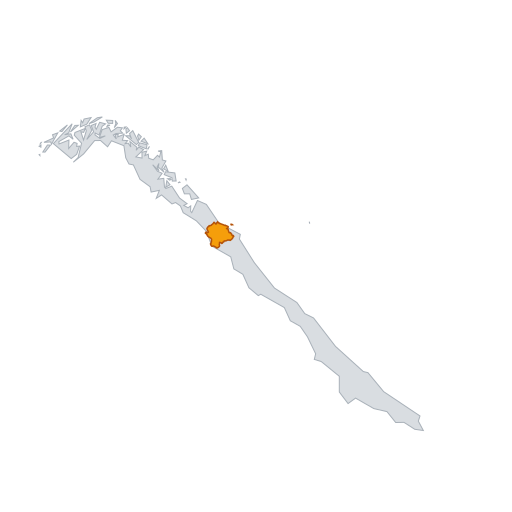 La Araucanía highlighted on a map of Chile, rotated 128°
{"feature_id": "CHL-2700", "entity_name": "La Araucanía", "entity_type": "Region", "adm_level": 1, "iso_a3": "CHL", "parent_name": "Chile", "parent_adm1": "", "projection": "equal_earth", "projection_center": [-72.302, -38.69], "detail": "fine", "context": "in_parent", "style": "filled", "palette": "amber", "viewbox_px": 512, "rotation_deg": 128, "n_neighbors": 0, "source": "natural_earth", "source_scale": "10m", "svg_char_len": 6945}
<svg xmlns="http://www.w3.org/2000/svg" viewBox="0 0 512 512"><g transform="rotate(128 256 256)"><path d="M281.1,28.3L286.2,26.4L290.5,16.7L294.8,24.2L296.0,37.0L301.2,43.4L298.0,57.0L303.7,69.2L306.7,90.1L315.6,92.6L311.9,106.6L299.5,116.3L299.0,139.6L301.6,146.4L296.3,148.8L288.0,165.7L284.2,177.8L285.9,189.1L279.2,201.9L283.2,228.7L285.8,229.8L285.4,242.0L278.5,255.1L279.8,265.5L272.2,275.4L275.4,296.8L267.1,310.4L265.0,324.6L266.7,340.0L263.1,346.4L263.4,352.3L266.7,354.3L266.0,368.0L272.0,370.1L263.8,372.6L270.2,378.0L266.6,382.1L267.0,394.6L259.7,408.7L261.7,412.7L258.8,419.1L250.4,428.0L254.2,440.8L261.3,440.2L260.7,449.6L264.4,454.2L281.7,454.7L294.6,457.7L287.9,456.8L274.5,462.9L272.7,473.6L270.1,474.7L260.6,469.1L264.7,467.9L265.9,470.5L270.8,463.3L261.8,466.8L259.5,470.3L255.2,468.0L258.0,462.8L268.4,461.1L258.1,460.4L254.6,466.2L250.1,463.6L253.6,462.2L254.5,459.9L246.9,461.5L244.5,455.9L248.4,457.1L257.3,454.1L258.1,458.5L259.7,457.4L259.5,451.4L254.1,448.7L259.0,452.4L251.1,455.0L245.2,451.1L247.4,446.6L239.8,444.4L237.3,440.2L240.9,440.0L241.2,436.6L245.6,441.7L248.5,443.0L249.8,438.1L247.0,441.8L245.1,439.4L247.2,438.3L241.3,434.8L247.1,432.6L244.1,428.2L248.1,428.3L245.8,426.2L247.2,421.7L243.4,425.9L243.6,416.8L246.5,415.5L242.4,415.4L241.3,410.1L251.9,411.7L249.0,406.1L244.5,409.7L240.6,406.7L245.3,405.4L242.1,403.6L245.0,400.7L243.5,396.2L237.3,395.6L237.5,393.0L232.5,395.1L233.6,397.8L231.0,395.2L238.0,388.9L236.6,385.5L244.8,384.3L246.6,380.0L246.1,387.7L242.8,389.5L246.6,388.8L248.6,384.8L247.7,393.6L249.9,385.8L248.6,380.9L255.9,380.6L251.6,376.5L258.1,370.5L258.3,368.6L252.8,365.4L257.4,351.9L257.2,342.5L260.6,344.1L259.8,339.2L256.7,338.3L261.0,335.1L261.4,333.3L248.3,336.3L245.9,326.9L252.9,305.3L248.6,281.7L252.9,279.5L262.3,253.2L269.9,221.7L267.5,195.1L271.4,182.1L269.4,172.5L278.3,137.7L281.0,100.3L279.0,96.0L284.3,71.9L281.1,28.3ZM293.0,461.6L292.2,484.9L265.0,482.3L274.3,479.4L278.3,481.5L273.7,477.1L276.6,472.0L276.5,477.4L287.2,481.8L289.0,480.2L279.8,474.8L286.6,469.8L278.4,469.4L277.4,466.3L280.1,464.8L278.0,462.7L286.3,459.9L293.0,461.6ZM248.1,355.6L242.4,354.2L245.5,336.9L251.2,341.7L247.8,346.5L251.1,350.7L248.1,355.6ZM241.8,418.8L241.5,432.7L239.0,429.6L240.3,426.2L237.4,431.0L233.1,430.3L238.7,418.4L241.8,418.8ZM281.0,488.0L293.8,486.0L292.5,488.0L297.0,493.1L287.6,488.2L285.7,491.0L281.0,488.0ZM248.5,368.1L246.1,370.4L248.4,378.4L245.3,379.1L240.5,371.1L246.1,365.1L248.5,368.1ZM256.3,470.5L262.4,473.9L256.8,477.3L257.7,474.6L253.9,475.8L248.5,471.2L256.3,470.5ZM262.4,476.5L272.5,478.6L264.6,479.1L262.4,476.5ZM305.3,488.0L297.0,488.7L295.1,486.2L304.0,486.2L305.3,488.0ZM241.5,416.8L238.4,417.2L235.4,410.4L239.1,408.4L241.5,416.8ZM236.3,417.2L232.0,416.7L234.1,410.3L236.3,417.2ZM257.3,369.5L251.6,372.6L252.8,367.6L257.3,369.5ZM239.8,450.6L242.4,454.2L241.1,457.6L237.4,452.3L239.8,450.6ZM241.0,462.7L250.1,466.1L254.5,469.1L244.8,466.2L241.0,462.7ZM244.2,382.5L240.0,383.1L243.4,377.3L244.2,382.5ZM268.8,485.3L277.4,485.5L278.4,487.6L268.8,485.3ZM236.8,419.6L234.4,423.2L232.2,423.6L232.6,419.8L236.8,419.6ZM239.1,433.8L235.9,436.8L234.1,436.4L235.1,432.8L239.1,433.8ZM242.1,446.7L237.9,448.0L235.8,450.5L236.9,446.7L242.1,446.7ZM235.6,439.2L234.4,438.0L237.1,438.3L235.6,439.2ZM249.5,373.2L247.8,371.2L248.1,370.1L249.4,370.7L249.5,373.2ZM245.8,453.2L244.1,453.5L242.8,451.6L245.8,453.2ZM238.3,407.3L235.2,407.4L238.2,406.9L238.3,407.3ZM302.7,492.5L303.0,494.5L301.0,493.7L302.7,492.5ZM244.7,361.3L246.4,362.5L244.7,361.9L244.7,361.3ZM301.4,495.0L298.8,495.3L298.6,495.1L301.4,495.0ZM309.9,488.1L309.7,489.3L309.0,488.9L309.9,488.1ZM197.5,233.6L196.5,234.8L196.4,234.7L197.5,233.6ZM239.2,357.9L238.6,359.0L238.3,358.3L239.2,357.9Z" fill="#d9dde1" stroke="#a8b0b8" stroke-width="1"/><path d="M273.8,291.8L273.9,292.0L273.8,292.6L273.8,292.9L273.8,293.3L274.2,295.3L274.4,295.8L274.7,296.1L275.1,296.3L275.4,296.6L275.5,297.1L275.5,297.3L275.4,297.5L275.1,297.9L275.0,298.1L275.0,298.3L275.1,298.5L274.8,298.8L274.7,298.9L274.6,299.2L274.4,299.4L274.2,299.4L273.8,299.3L273.5,299.3L273.2,299.5L272.6,299.9L272.5,300.0L271.8,300.1L271.7,300.2L271.5,300.4L271.3,300.6L270.4,301.1L270.1,301.4L270.0,301.7L269.8,302.5L269.8,302.8L270.0,303.8L270.1,305.4L270.0,306.5L269.9,306.8L269.7,306.9L269.5,307.1L269.4,307.3L269.4,307.5L269.5,307.9L269.4,308.1L269.1,308.6L268.8,309.1L269.2,309.5L269.1,310.0L268.8,310.1L268.6,310.1L268.4,310.1L268.2,310.2L267.9,310.0L267.8,309.9L267.7,309.7L267.7,309.3L267.7,309.2L267.6,308.9L267.5,308.7L267.4,308.7L267.2,308.4L267.0,308.2L266.9,308.2L266.6,308.2L266.4,308.2L266.3,308.3L266.1,308.9L265.7,309.6L265.4,310.4L265.0,311.1L264.5,311.6L263.8,311.7L263.1,311.8L262.6,311.8L262.4,311.7L262.1,311.6L261.9,311.4L261.7,311.4L261.4,311.4L261.2,311.6L260.9,311.6L260.7,311.3L260.4,310.9L259.8,310.5L259.3,310.2L258.8,310.2L258.3,310.1L257.7,309.9L257.0,309.8L256.5,309.7L256.1,309.8L255.8,309.9L255.5,309.9L255.3,309.8L255.2,309.5L255.3,308.8L255.4,308.1L255.5,307.6L255.5,307.3L255.4,307.2L255.2,307.1L254.9,307.1L254.7,307.0L254.4,307.1L254.2,307.2L254.1,307.3L253.9,307.3L253.7,307.4L253.4,307.3L253.2,307.3L252.9,307.3L252.7,307.3L252.7,307.2L252.8,307.0L252.9,306.9L252.9,306.7L252.8,305.9L252.8,305.6L253.0,305.2L253.0,304.9L252.8,304.8L252.8,305.1L252.7,305.3L252.6,304.7L252.5,304.3L252.3,303.4L251.6,301.4L250.9,298.6L250.8,299.2L250.9,299.7L250.7,299.2L250.6,298.9L250.6,298.7L250.6,298.4L250.4,298.0L250.2,297.2L250.1,296.8L250.0,296.5L250.0,296.0L250.6,295.7L251.3,295.4L251.5,295.3L251.8,295.7L251.9,295.9L252.1,296.0L252.4,296.0L252.4,295.6L252.2,294.7L252.2,294.4L252.3,294.2L252.7,293.7L252.9,293.5L254.1,291.7L254.0,291.2L253.6,291.0L253.5,290.8L253.4,290.6L253.4,290.3L253.4,290.0L253.6,289.8L253.6,289.5L253.7,289.3L253.7,289.0L253.7,288.7L253.8,288.5L254.2,288.0L254.4,287.6L254.4,287.4L254.3,287.1L253.9,286.7L253.9,286.3L254.2,285.7L254.3,285.6L254.5,285.6L254.8,285.8L255.0,285.8L255.9,285.5L256.5,285.4L257.8,285.5L258.1,285.6L258.5,285.7L258.9,285.8L259.3,285.8L259.5,285.9L259.6,286.0L259.8,286.3L259.8,286.5L259.8,286.8L259.9,287.0L260.3,287.4L260.5,287.5L260.7,288.0L260.9,288.2L261.2,288.3L261.9,288.6L262.4,288.9L262.8,289.3L263.0,289.4L263.1,289.6L263.4,290.0L263.5,290.1L263.8,290.3L264.0,290.2L264.3,290.2L264.5,290.1L264.8,290.1L265.0,290.2L265.1,290.4L265.3,290.5L265.6,290.6L265.8,290.6L266.2,290.5L266.5,290.4L266.8,290.5L267.0,290.6L267.2,290.8L267.1,291.0L266.9,291.1L266.9,291.3L267.2,291.7L267.2,291.9L267.3,292.1L267.3,292.4L267.4,292.7L267.5,292.9L267.7,293.1L267.9,293.0L268.1,292.7L268.3,292.6L268.6,292.5L268.8,292.4L269.0,292.3L269.4,292.1L269.6,292.0L270.0,291.4L270.1,291.2L270.3,291.1L270.8,290.8L271.0,290.8L272.0,290.9L272.5,291.0L273.4,291.5L273.5,291.5L273.8,291.8L273.8,291.8ZM246.6,294.5L246.7,294.8L246.6,295.0L246.4,295.2L246.2,295.0L246.0,294.7L245.9,294.5L245.9,294.2L245.9,293.9L246.1,294.1L246.6,294.5Z" fill="#f59e0b" stroke="#b45309" stroke-width="1.5"/></g></svg>